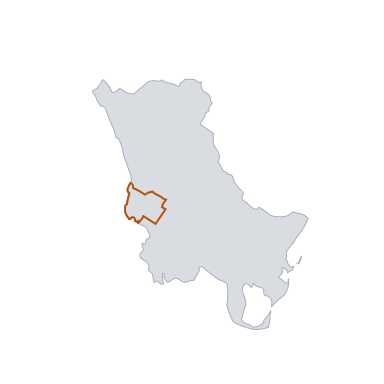 Darganata, Chardzhou, Turkmenistan shown in context, rotated 214°
{"feature_id": "10190150B50164786179090", "entity_name": "Darganata", "entity_type": "district", "adm_level": 2, "iso_a3": "TKM", "parent_name": "Turkmenistan", "parent_adm1": "Chardzhou", "projection": "mercator", "projection_center": [61.431, 40.609], "detail": "fine", "context": "in_parent", "style": "outline", "palette": "amber", "viewbox_px": 384, "rotation_deg": 214, "n_neighbors": 0, "source": "geoboundaries", "source_scale": "gbopen_adm2", "svg_char_len": 4655}
<svg xmlns="http://www.w3.org/2000/svg" viewBox="0 0 384 384"><g transform="rotate(214 192 192)"><path d="M121.6,134.2L137.2,135.1L142.0,135.8L144.0,133.5L143.9,132.9L143.2,132.5L142.0,130.9L141.0,120.2L142.3,118.7L143.9,117.6L146.2,114.2L147.4,113.1L149.2,112.3L155.2,112.1L157.7,111.4L159.8,107.5L160.3,105.3L161.9,103.5L162.8,103.5L166.9,105.0L167.8,105.8L169.1,108.7L170.6,108.5L170.9,108.0L170.7,107.4L169.5,105.6L167.0,102.4L164.5,100.4L164.3,99.7L166.4,98.1L170.7,98.8L171.8,98.3L172.9,95.7L178.5,101.5L179.6,102.1L184.1,102.8L184.9,103.6L186.4,107.0L187.9,107.8L189.8,108.5L197.8,108.6L200.3,110.8L200.7,111.4L200.3,112.9L200.1,115.9L199.5,117.1L199.9,117.6L202.7,118.9L204.4,120.8L204.6,121.6L204.1,122.2L202.7,121.9L202.1,122.8L202.1,124.3L203.1,125.8L203.3,127.1L202.0,130.2L201.9,131.5L202.4,132.2L209.6,136.9L210.7,137.0L217.7,136.2L218.9,136.7L225.0,137.7L226.7,137.6L227.9,136.1L229.0,135.5L230.0,135.4L232.9,136.4L236.0,138.4L238.0,140.2L239.0,141.9L241.8,150.9L243.6,154.6L245.8,156.5L247.3,159.9L248.6,167.6L249.4,169.1L252.7,172.1L269.5,184.4L274.6,189.9L282.4,195.1L285.3,194.5L291.4,200.1L295.3,202.2L300.4,205.6L310.9,213.1L313.2,213.4L315.7,212.3L317.9,213.0L321.9,214.9L326.1,217.8L329.8,218.8L330.8,220.1L330.9,220.7L328.8,224.4L328.5,229.0L328.8,235.2L327.8,235.3L320.6,233.6L313.9,229.8L312.3,231.0L311.4,232.3L309.7,237.6L300.6,238.0L295.2,240.6L290.3,257.8L289.2,260.0L286.2,262.8L281.0,265.5L280.2,266.6L280.0,267.6L279.4,268.0L276.5,268.0L265.5,271.7L263.1,271.7L262.1,272.0L261.7,272.7L262.9,276.1L261.9,277.0L261.2,278.7L260.7,281.7L253.4,286.3L251.9,286.8L249.0,286.4L247.5,286.8L246.0,288.3L245.2,287.8L244.9,286.4L244.1,285.4L239.6,281.7L234.4,282.3L232.5,282.0L230.9,281.4L228.5,279.3L227.0,277.2L225.4,277.5L225.0,276.5L224.9,275.4L225.3,274.0L225.2,271.5L224.3,269.6L223.3,268.8L224.4,265.8L224.4,263.6L223.7,261.2L223.4,257.7L223.6,254.3L222.6,252.6L207.3,252.7L201.8,244.7L199.6,242.8L192.0,239.4L189.9,237.6L188.2,235.6L187.7,232.8L186.9,231.2L185.7,231.0L179.7,227.8L177.3,226.9L174.1,227.7L172.1,226.8L169.9,228.0L168.9,228.1L166.5,227.4L163.5,224.5L160.9,223.3L155.6,221.4L151.9,220.8L148.6,219.7L148.3,219.3L148.2,216.8L147.7,215.8L146.8,214.6L145.5,213.6L139.8,213.7L137.2,212.8L135.2,212.6L130.7,212.8L129.2,213.5L128.4,214.3L127.9,216.7L127.4,217.0L123.0,217.1L113.7,216.6L109.9,217.8L103.9,221.5L100.4,224.6L99.4,226.0L97.4,231.4L96.5,232.2L95.3,232.8L94.1,233.0L88.6,235.1L86.5,235.6L81.0,235.3L79.7,227.3L79.3,220.8L79.9,211.9L79.6,206.2L80.5,197.4L80.2,195.2L77.3,191.3L76.9,188.6L75.2,188.5L72.4,186.2L69.7,185.3L68.3,185.3L67.1,185.9L66.2,187.2L65.5,185.2L65.5,183.0L67.7,178.5L69.1,179.8L70.7,180.3L74.9,180.1L74.5,178.5L72.4,177.0L71.9,174.9L72.1,172.8L72.7,170.8L72.0,170.0L71.0,169.5L68.8,169.6L62.8,168.8L62.1,171.2L63.8,174.3L61.1,170.7L59.3,167.1L58.1,162.8L57.9,158.2L60.1,150.8L62.0,141.7L64.3,145.5L65.9,147.2L69.6,148.3L71.4,148.0L73.3,147.0L75.2,147.4L78.1,151.3L80.2,151.8L84.5,150.3L86.5,149.9L88.3,150.6L90.1,150.6L89.3,148.8L89.0,147.0L90.1,146.0L93.5,147.0L96.2,146.0L96.7,145.5L96.9,143.9L96.6,140.8L95.9,139.5L94.4,137.6L88.3,133.2L86.3,131.4L84.6,129.1L81.8,119.9L79.7,114.0L78.9,113.3L75.4,112.8L68.7,114.3L66.3,113.9L65.2,114.6L62.5,117.0L61.2,119.2L59.5,124.0L60.8,125.6L59.8,133.7L60.4,137.2L60.2,137.4L58.1,133.1L55.4,128.8L53.1,122.2L57.1,117.9L60.5,114.8L64.2,112.5L68.0,111.0L76.6,108.6L81.3,107.7L85.1,107.5L88.1,109.0L96.1,114.3L99.5,117.3L100.5,118.6L101.4,121.4L107.3,130.7L108.7,132.0L110.9,134.9L113.1,135.8L121.6,134.2ZM65.2,198.9L65.1,200.1L64.0,196.5L63.5,192.6L64.1,191.5L64.9,191.6L64.2,193.0L65.2,198.9Z" fill="#d9dde1" stroke="#a8b0b8" stroke-width="1"/><path d="M219.3,136.2L218.9,138.2L218.8,139.9L218.5,141.3L218.5,141.7L218.5,142.5L218.6,143.0L218.8,144.8L218.6,144.8L204.4,145.2L204.3,162.9L208.5,162.8L209.3,165.3L209.4,167.7L209.3,171.1L210.6,170.8L212.0,170.4L215.2,170.7L215.5,170.7L216.2,170.6L219.4,170.1L220.2,170.1L222.3,169.9L224.8,170.1L225.2,170.1L225.3,170.1L226.5,168.3L227.8,167.4L228.5,165.6L228.7,165.3L229.5,163.5L234.2,163.4L237.5,163.2L240.0,162.9L242.8,162.3L243.5,163.2L244.3,164.0L244.5,164.3L246.2,165.1L246.5,165.2L248.0,165.1L248.0,162.5L247.5,160.1L247.0,157.9L246.2,157.0L244.7,156.2L243.5,156.2L242.4,154.2L242.0,152.6L241.5,151.0L240.8,149.5L240.3,147.8L239.8,147.1L239.1,145.4L239.6,144.0L239.6,143.0L239.1,142.1L237.4,139.7L236.3,138.0L234.4,136.8L232.8,135.8L232.0,135.5L231.3,135.1L230.0,135.1L229.3,134.3L228.2,134.9L227.9,135.7L227.9,136.9L227.5,137.8L225.7,138.4L224.8,138.0L223.7,137.4L223.1,136.1L222.3,136.3L221.2,136.3L220.6,137.3L220.3,136.6L219.3,136.2Z" fill="none" stroke="#b45309" stroke-width="2"/></g></svg>